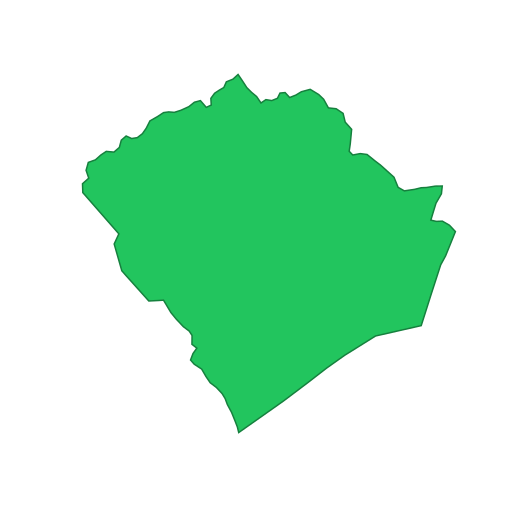 Craíbas, Alagoas, Brazil, rotated 15°
{"feature_id": "56859067B56014310634497", "entity_name": "Craíbas", "entity_type": "district", "adm_level": 2, "iso_a3": "BRA", "parent_name": "Brazil", "parent_adm1": "Alagoas", "projection": "natural_earth1", "projection_center": [-36.799, -9.64], "detail": "fine", "context": "isolated", "style": "filled", "palette": "green", "viewbox_px": 512, "rotation_deg": 15, "n_neighbors": 0, "source": "geoboundaries", "source_scale": "gbopen_adm2", "svg_char_len": 1532}
<svg xmlns="http://www.w3.org/2000/svg" viewBox="0 0 512 512"><g transform="rotate(15 256 256)"><path d="M435.1,247.7L436.7,216.7L439.1,206.8L442.3,180.8L434.9,176.2L427.0,174.1L421.2,175.9L415.6,176.1L415.9,166.3L416.2,158.4L419.0,147.9L417.8,140.2L411.1,142.1L403.0,145.7L397.9,147.3L391.9,150.6L382.4,154.7L375.5,152.9L368.9,144.2L352.6,135.9L346.7,133.5L337.0,129.2L330.2,130.1L323.3,133.4L318.9,130.7L318.0,123.1L315.6,108.9L307.5,103.6L303.2,95.7L295.3,93.0L287.6,94.2L280.8,87.1L274.8,83.8L265.2,81.0L257.3,85.6L252.9,90.2L247.5,94.2L241.8,90.6L237.0,92.4L235.9,98.1L231.0,101.8L225.1,102.4L221.2,106.9L215.3,101.8L209.4,99.1L203.5,95.7L197.4,90.2L191.7,85.3L187.9,91.2L182.3,95.4L181.3,101.6L177.6,105.3L173.9,109.5L171.6,115.4L173.7,121.8L169.5,125.3L162.1,120.3L156.7,123.4L152.5,129.1L145.7,134.7L139.9,138.4L134.4,139.4L129.6,141.4L124.6,147.0L118.6,152.9L116.9,161.0L114.6,167.3L110.7,172.4L105.5,174.7L99.5,173.7L95.9,179.0L95.9,186.5L91.9,192.4L84.3,193.7L80.0,198.6L76.0,204.7L69.8,209.0L69.7,217.2L74.3,224.1L69.7,231.1L72.3,239.6L117.8,270.1L115.9,281.1L130.2,305.0L136.2,309.0L164.1,327.2L173.4,324.2L178.1,322.6L188.5,332.7L195.3,337.6L204.2,343.1L210.9,345.8L214.8,349.3L217.0,357.9L222.7,360.3L220.4,366.5L219.7,373.4L224.3,376.5L232.8,379.3L238.9,385.4L244.6,390.3L251.7,393.2L258.9,397.7L263.1,401.7L266.8,406.9L272.9,413.4L278.2,420.4L282.2,425.9L285.0,431.0L320.1,388.9L338.6,365.2L353.3,345.9L367.3,329.0L392.2,302.3L433.6,280.5L435.1,247.7Z" fill="#22c55e" stroke="#15803d" stroke-width="1.5"/></g></svg>